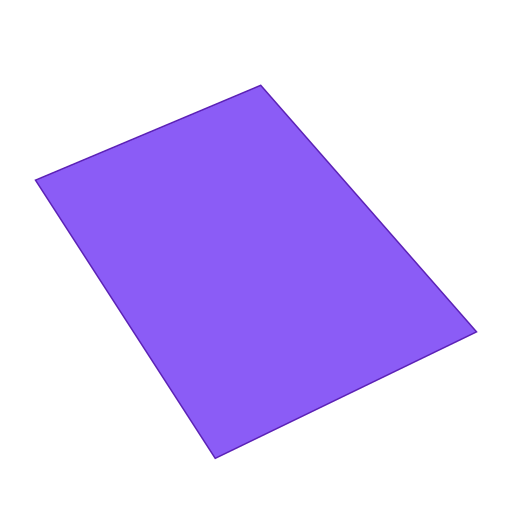 map outline of Baguio (Natural Earth projection), rotated 152°
{"feature_id": "PHL-5539", "entity_name": "Baguio", "entity_type": "Highly Urbanized City", "adm_level": 1, "iso_a3": "PHL", "parent_name": "Philippines", "parent_adm1": "", "projection": "natural_earth1", "projection_center": [120.602, 16.394], "detail": "fine", "context": "isolated", "style": "filled", "palette": "violet", "viewbox_px": 512, "rotation_deg": 152, "n_neighbors": 0, "source": "natural_earth", "source_scale": "10m", "svg_char_len": 226}
<svg xmlns="http://www.w3.org/2000/svg" viewBox="0 0 512 512"><g transform="rotate(152 256 256)"><path d="M96.9,85.5L387.0,96.5L415.1,426.5L171.7,404.5L96.9,85.5Z" fill="#8b5cf6" stroke="#5b21b6" stroke-width="1.5"/></g></svg>